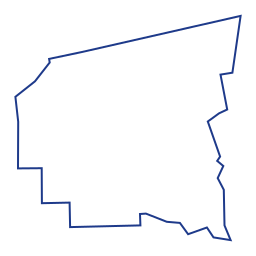 the district of St. James, Louisiana, United States of America
{"feature_id": "52423323B72947560407101", "entity_name": "St. James", "entity_type": "district", "adm_level": 2, "iso_a3": "USA", "parent_name": "United States of America", "parent_adm1": "Louisiana", "projection": "mercator", "projection_center": [-90.779, 30.028], "detail": "fine", "context": "isolated", "style": "outline", "palette": "blue", "viewbox_px": 256, "rotation_deg": 0, "n_neighbors": 0, "source": "geoboundaries", "source_scale": "gbopen_adm2", "svg_char_len": 524}
<svg xmlns="http://www.w3.org/2000/svg" viewBox="0 0 256 256"><path d="M15.4,96.8L18.2,121.8L18.0,168.4L41.7,168.2L41.9,203.2L69.6,202.6L69.8,212.2L70.1,227.1L140.4,225.4L140.0,214.0L145.9,213.6L166.8,221.8L179.9,222.9L188.1,234.2L206.9,227.5L213.5,237.4L230.6,240.1L224.5,225.4L223.8,189.8L217.7,178.1L223.3,166.0L217.2,160.9L220.1,156.6L207.8,121.5L219.1,113.3L227.2,109.5L220.5,74.6L232.4,72.7L240.6,15.9L194.5,26.4L81.5,52.1L49.1,58.9L49.7,62.5L35.0,81.3L15.4,96.8Z" fill="none" stroke="#1e3a8a" stroke-width="2"/></svg>